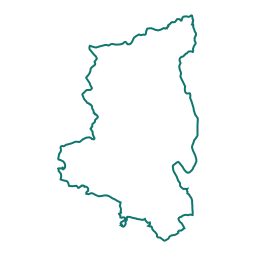 Sanmatenga, Sanmatenga, Burkina Faso
{"feature_id": "67063806B54692073140068", "entity_name": "Sanmatenga", "entity_type": "district", "adm_level": 2, "iso_a3": "BFA", "parent_name": "Burkina Faso", "parent_adm1": "Sanmatenga", "projection": "mercator", "projection_center": [-1.024, 13.246], "detail": "fine", "context": "isolated", "style": "outline", "palette": "teal", "viewbox_px": 256, "rotation_deg": 0, "n_neighbors": 0, "source": "geoboundaries", "source_scale": "gbopen_adm2", "svg_char_len": 5761}
<svg xmlns="http://www.w3.org/2000/svg" viewBox="0 0 256 256"><path d="M192.6,215.0L192.7,212.6L192.3,207.1L192.4,205.8L192.1,202.9L192.2,201.0L191.7,199.1L191.2,197.9L189.4,195.4L189.3,194.7L187.3,193.3L187.5,191.8L187.0,190.9L186.9,189.9L187.4,188.8L186.4,189.0L184.7,188.8L183.8,189.1L182.4,188.3L180.4,186.4L180.1,185.9L180.0,183.2L178.1,180.5L176.8,176.8L173.6,171.2L173.3,170.0L172.8,166.5L172.9,165.8L173.2,165.3L177.1,162.3L178.3,161.9L179.0,162.4L182.6,166.9L184.2,169.7L186.0,171.7L186.4,172.1L187.7,172.7L188.7,172.7L190.3,171.7L192.3,169.7L193.1,168.3L193.3,167.5L193.6,166.9L194.1,166.3L195.3,164.0L196.4,161.3L196.3,159.3L195.2,155.3L192.9,150.4L192.0,147.4L192.2,145.8L193.4,142.9L194.1,140.5L197.0,136.5L197.5,135.4L197.5,125.2L197.8,119.4L197.7,118.2L195.2,114.6L194.9,113.8L193.8,110.1L193.6,108.4L191.8,102.2L190.1,97.8L190.4,95.8L190.0,93.5L189.7,93.3L187.2,93.5L186.4,93.3L185.8,92.8L185.3,92.0L184.9,90.4L184.8,88.9L185.1,86.3L180.5,76.9L180.5,75.8L180.9,74.1L181.0,72.8L179.7,69.3L179.2,66.4L179.6,65.2L180.5,63.3L180.4,62.5L179.5,60.3L179.6,59.5L180.0,58.2L181.5,56.8L182.8,56.6L183.5,56.2L184.4,55.1L185.2,54.5L185.6,53.8L186.7,53.4L187.3,53.0L187.6,52.4L188.8,51.5L191.2,51.4L191.8,51.5L192.6,52.0L192.9,51.9L193.2,50.4L193.0,48.7L194.1,45.8L195.5,43.9L195.7,43.3L195.6,42.7L194.6,40.4L194.7,39.1L194.5,38.2L195.2,36.8L195.3,36.1L195.8,35.7L196.0,35.0L195.9,33.2L194.8,31.5L194.1,29.2L193.5,27.9L193.1,26.1L193.3,25.5L192.9,24.9L193.0,24.6L192.0,24.5L192.9,22.5L192.7,22.2L192.9,22.1L193.2,20.0L192.5,18.8L192.5,17.8L192.1,15.9L191.8,15.5L191.2,15.4L190.6,16.0L189.2,16.7L188.4,16.9L186.8,16.4L185.7,16.4L183.7,16.6L183.2,16.9L182.6,17.5L182.1,18.5L181.5,20.5L180.7,20.5L180.3,19.8L179.5,19.2L179.1,19.1L177.2,19.1L176.1,20.5L175.4,21.7L174.5,22.1L173.0,22.3L172.5,22.1L171.9,22.2L171.3,22.7L170.9,22.8L169.7,24.3L168.9,24.6L168.4,25.0L168.1,25.4L168.5,25.8L168.5,26.0L167.8,27.1L166.7,27.6L166.8,28.3L166.1,28.2L165.4,28.6L164.6,28.4L164.1,28.1L163.3,28.2L163.2,28.4L162.4,28.9L161.8,29.0L160.9,29.6L158.0,30.4L155.3,29.8L153.0,28.8L151.0,28.2L147.9,28.5L147.1,28.8L146.9,29.3L146.6,30.5L146.2,31.2L145.9,33.7L145.1,34.7L144.4,34.8L143.7,34.6L142.9,34.7L140.9,35.2L139.1,34.5L137.1,35.5L134.4,37.4L133.8,38.1L131.8,42.3L130.5,43.8L129.5,44.2L128.5,44.3L127.5,44.2L126.2,42.5L125.6,42.0L125.2,41.9L123.9,42.5L122.7,43.7L120.1,44.4L116.5,44.6L114.8,44.5L112.8,44.0L111.1,44.1L108.7,45.5L106.2,44.9L105.1,45.0L99.7,46.4L96.1,47.5L94.6,47.3L89.9,45.8L89.4,47.1L89.5,48.7L89.7,49.5L90.5,50.3L93.7,54.3L95.9,56.4L96.8,58.5L96.7,59.0L94.6,61.6L94.7,62.5L95.1,63.0L95.2,63.6L95.1,64.5L94.5,65.2L92.0,67.1L90.9,68.4L90.6,69.0L90.4,70.9L90.1,72.0L89.0,74.2L86.2,77.5L86.7,78.7L89.8,83.3L90.3,85.2L91.7,87.6L91.9,88.1L91.8,88.5L91.1,89.4L90.3,89.9L86.9,90.0L86.2,90.4L83.4,93.2L82.6,93.8L82.4,94.7L82.5,95.2L83.4,97.2L84.1,99.0L86.6,101.9L86.9,102.5L87.3,102.9L89.1,103.5L89.4,104.1L89.8,104.5L90.4,104.4L91.7,105.6L91.7,106.0L92.1,107.1L92.2,108.5L93.5,110.7L93.6,111.7L93.8,112.2L93.7,112.7L94.2,112.8L94.9,113.6L94.7,114.0L94.8,114.2L95.2,114.5L96.2,114.6L97.8,116.5L97.7,117.5L96.9,118.4L95.4,119.6L95.1,120.3L94.8,122.0L92.5,124.0L92.2,125.0L92.3,126.3L92.2,126.8L91.3,127.4L91.2,128.3L90.6,128.7L90.6,129.0L92.5,131.5L92.8,134.4L94.0,137.3L94.4,137.9L94.4,138.8L93.9,139.3L91.9,139.0L90.9,138.0L89.2,137.3L86.3,137.7L82.9,139.3L80.3,141.5L79.3,142.0L76.5,141.7L75.2,141.8L71.2,143.5L68.4,144.2L67.4,144.6L66.3,144.6L65.1,145.4L64.4,146.0L63.5,146.2L62.1,146.0L61.5,146.2L60.8,146.8L60.5,147.6L60.9,149.4L61.0,150.8L60.3,152.2L59.2,153.8L58.2,158.8L58.6,159.5L60.8,160.2L63.3,161.5L64.7,163.4L65.2,165.9L64.9,167.5L64.6,167.5L64.2,168.5L63.3,169.3L62.8,169.2L62.6,168.8L62.8,168.1L62.5,167.7L61.6,168.5L61.3,168.3L58.8,168.3L58.2,168.6L58.5,169.2L58.7,171.0L60.6,173.4L61.0,174.2L61.2,175.9L61.0,177.8L60.6,179.4L62.0,180.0L66.9,181.2L67.4,181.6L68.4,183.5L68.9,185.3L69.2,186.0L72.4,186.2L76.4,185.8L76.9,186.2L78.2,187.9L79.0,187.7L80.8,186.3L81.4,186.1L81.5,185.7L81.8,185.5L83.3,185.5L84.0,185.8L84.3,186.7L84.8,186.8L85.3,186.5L86.9,187.1L87.8,188.0L88.1,188.6L88.2,190.4L87.9,191.1L87.2,191.4L86.7,192.0L86.3,192.6L86.3,193.7L86.8,193.6L87.3,194.0L88.6,194.2L91.1,193.2L92.4,193.3L95.9,195.1L98.7,196.3L101.2,196.0L104.7,195.4L107.2,195.5L109.5,196.4L112.4,198.3L115.1,199.5L117.5,201.0L120.3,202.3L120.5,202.4L120.2,202.9L120.4,203.8L120.3,204.5L119.8,205.7L120.9,208.7L120.9,210.3L120.6,211.1L120.9,211.6L120.9,212.2L121.1,212.5L120.7,213.1L119.8,213.3L119.0,213.9L119.8,215.0L120.4,215.4L120.3,217.0L120.4,217.5L121.3,217.7L123.3,217.3L124.6,217.6L125.3,218.3L124.8,219.8L124.2,220.4L122.4,221.6L121.3,222.1L120.7,223.1L120.6,223.5L120.8,224.3L121.7,224.5L121.6,225.1L121.3,225.3L121.9,225.4L121.9,225.9L122.3,225.8L122.9,226.4L122.9,226.5L123.2,226.7L124.3,226.2L124.6,225.5L125.2,224.8L125.6,224.1L125.7,223.3L125.5,222.8L125.6,221.6L126.7,220.2L126.8,219.8L126.9,217.5L127.1,217.0L127.6,216.8L129.5,216.9L132.9,217.9L136.3,218.6L137.2,219.0L139.6,219.3L141.6,219.8L143.1,219.8L144.2,219.5L144.2,219.3L144.9,218.9L145.7,220.8L147.6,222.8L149.9,222.5L150.0,223.8L149.9,224.4L148.2,225.9L149.8,226.5L151.1,226.4L151.7,226.8L152.5,229.5L154.0,231.2L155.2,232.1L156.7,234.1L157.0,234.9L157.0,236.4L157.3,236.8L158.0,237.4L160.2,237.6L163.9,240.5L164.4,240.6L164.9,240.6L167.5,239.2L168.4,238.6L168.7,238.2L169.3,236.9L169.9,236.3L171.6,235.4L174.9,234.9L176.4,234.2L178.3,232.8L178.1,231.6L178.8,230.8L179.5,230.6L181.4,230.5L184.3,228.3L183.8,227.9L184.0,227.6L183.9,227.1L181.9,223.6L181.2,222.8L180.2,222.2L179.4,221.1L178.7,219.9L178.5,218.7L178.9,217.9L180.1,217.1L181.5,216.8L182.0,216.1L182.8,215.6L185.1,214.9L186.3,214.9L188.1,215.2L189.4,214.7L190.0,214.6L192.6,215.0Z" fill="none" stroke="#0f766e" stroke-width="2"/></svg>